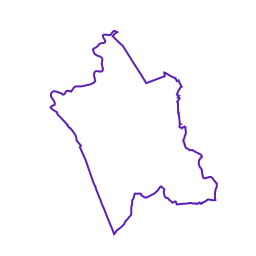 Tudora, Botosani, Romania, rotated 72°
{"feature_id": "2599482B63139425196950", "entity_name": "Tudora", "entity_type": "district", "adm_level": 2, "iso_a3": "ROU", "parent_name": "Romania", "parent_adm1": "Botosani", "projection": "orthographic", "projection_center": [26.654, 47.501], "detail": "fine", "context": "isolated", "style": "outline", "palette": "violet", "viewbox_px": 256, "rotation_deg": 72, "n_neighbors": 0, "source": "geoboundaries", "source_scale": "gbopen_adm2", "svg_char_len": 5630}
<svg xmlns="http://www.w3.org/2000/svg" viewBox="0 0 256 256"><g transform="rotate(72 128 128)"><path d="M72.4,164.9L72.5,166.1L72.7,166.8L73.6,168.0L75.0,169.7L75.8,171.1L74.8,172.1L73.9,174.2L74.0,175.6L74.8,176.4L75.7,177.3L76.3,178.6L76.2,179.4L75.9,179.9L74.7,180.3L73.7,181.8L71.5,184.5L70.1,186.9L70.2,188.5L71.0,190.0L71.9,190.7L73.6,191.4L74.9,191.3L76.7,190.9L79.5,190.0L81.7,189.9L83.3,190.6L83.6,193.7L84.5,195.3L86.2,194.4L87.0,194.2L90.8,190.9L91.1,190.7L92.3,190.7L93.0,190.9L93.9,190.4L105.3,185.0L106.5,184.4L107.0,184.9L110.4,183.3L110.5,183.2L110.3,182.9L111.2,182.5L114.4,181.4L119.0,180.1L119.7,180.2L122.9,180.4L124.0,180.8L125.8,180.0L127.5,179.4L129.0,178.7L130.4,178.3L131.3,179.7L145.6,178.2L168.9,177.8L173.5,177.2L173.9,177.0L174.2,177.2L175.6,177.3L186.1,176.6L194.1,176.2L195.8,175.9L209.0,175.1L221.2,174.1L224.6,174.0L224.3,173.4L224.2,173.2L223.9,172.6L223.4,172.1L222.4,171.1L222.1,170.3L221.7,169.7L221.5,168.9L220.9,167.6L220.9,167.2L220.5,166.0L218.5,161.7L216.1,159.4L215.7,158.9L214.8,157.1L214.3,156.2L213.1,154.6L212.9,154.2L212.2,152.8L212.0,152.4L211.0,151.5L210.0,151.3L209.9,151.2L209.2,151.0L208.9,150.9L207.0,150.2L206.5,150.1L204.0,149.2L202.3,148.0L200.7,147.2L199.6,146.8L199.4,146.8L198.3,146.4L197.9,146.2L196.7,144.6L196.2,144.2L195.7,143.8L194.3,143.2L192.5,141.7L193.1,140.3L194.1,136.7L194.6,136.1L196.1,136.1L198.1,134.6L199.2,133.3L199.6,133.0L199.8,131.1L199.6,130.3L198.8,125.0L198.7,124.5L198.6,124.0L198.5,123.3L198.1,122.4L196.7,119.1L196.3,118.5L195.2,117.2L194.2,116.0L193.7,115.2L193.7,114.8L194.3,114.3L194.6,114.0L194.8,114.0L195.2,113.8L197.1,112.7L197.6,112.4L198.1,112.5L199.1,113.2L199.5,113.6L199.6,113.8L203.6,114.2L204.4,114.1L205.4,114.0L205.7,113.7L206.1,113.4L206.3,113.0L206.3,112.8L206.6,112.6L206.7,112.2L206.9,112.1L207.0,111.9L207.4,111.6L207.7,111.6L208.5,111.1L209.2,111.0L209.3,110.8L210.7,109.9L211.8,109.3L212.9,108.6L212.8,108.3L212.7,108.0L212.6,107.3L212.6,106.9L212.5,105.8L212.5,105.5L213.0,105.3L213.9,105.2L215.7,105.3L217.5,97.3L217.9,96.1L218.1,95.4L218.2,93.3L218.9,91.0L219.4,90.4L220.2,89.1L220.3,88.1L220.2,87.8L220.5,87.2L220.8,87.1L221.4,86.1L221.7,85.3L221.6,84.9L221.2,84.6L221.0,84.1L221.0,83.6L220.9,83.2L221.0,83.0L221.6,82.8L221.6,82.5L222.1,82.1L222.5,82.1L222.8,81.8L222.8,81.6L222.5,80.8L222.1,80.6L221.9,79.4L221.8,79.1L221.8,78.3L221.8,77.6L221.5,76.9L221.4,76.3L221.3,76.2L221.3,75.7L221.1,75.5L220.6,74.0L222.2,71.0L222.7,70.1L223.3,68.5L223.4,68.0L223.4,67.6L223.5,67.2L220.9,66.8L220.0,66.5L217.9,65.8L217.3,65.6L216.9,65.5L215.0,64.5L213.9,63.8L213.1,63.3L211.1,61.6L208.4,60.9L208.2,60.7L208.0,61.0L206.1,61.6L204.5,62.3L203.4,62.6L201.3,63.4L200.5,63.9L200.4,64.2L200.3,64.3L199.9,65.2L199.8,65.5L199.7,66.8L199.7,68.2L199.8,68.9L199.8,69.5L199.6,70.2L199.4,70.8L199.3,71.0L199.0,71.6L198.9,71.7L198.6,71.8L198.3,71.8L197.4,71.7L196.9,71.8L196.3,71.8L196.1,71.6L195.3,71.6L193.2,71.3L191.7,70.9L191.2,71.0L191.0,70.9L190.8,71.0L190.4,70.8L190.2,70.8L189.0,71.0L188.2,71.4L187.4,71.8L185.6,71.8L184.1,71.7L183.4,71.8L183.1,71.6L182.5,71.2L181.3,70.7L181.1,70.5L180.8,70.4L180.0,69.6L179.6,68.9L179.4,68.9L179.0,68.4L178.5,67.0L178.4,66.9L178.3,66.5L178.0,66.5L177.6,66.7L176.6,66.7L176.4,66.7L176.1,67.0L174.8,67.9L174.5,68.4L174.1,68.6L173.5,69.1L173.2,69.6L172.6,70.1L171.7,71.2L171.5,71.4L170.8,71.8L170.3,72.4L169.8,72.7L169.4,73.2L168.7,73.7L168.6,73.8L168.6,74.6L168.5,75.4L168.4,75.7L168.3,75.9L168.3,76.0L167.7,76.3L167.4,76.8L167.2,76.9L166.8,77.1L164.7,79.1L163.0,79.2L162.8,79.3L162.4,79.3L162.1,79.3L161.8,79.2L161.3,79.1L160.9,79.3L160.5,79.3L159.3,79.0L159.1,79.0L158.4,79.3L157.7,79.5L157.4,79.5L157.0,79.0L156.2,78.7L155.8,78.3L155.7,78.3L155.5,78.1L154.7,77.3L154.2,77.0L153.4,76.7L152.9,76.4L151.9,75.3L151.2,74.8L150.6,74.5L148.8,74.0L147.8,73.9L145.5,73.3L145.3,73.2L145.3,73.4L145.3,73.6L145.1,73.8L144.7,74.1L144.2,74.1L144.4,74.6L144.4,76.5L144.4,77.0L144.5,77.0L143.8,77.8L143.6,78.0L143.3,78.7L143.1,78.8L140.0,77.5L140.4,77.1L140.5,76.7L139.7,77.0L139.1,77.3L138.5,77.2L137.2,76.7L132.1,75.8L129.1,75.1L129.1,75.6L128.9,75.5L127.8,75.2L127.2,75.1L126.8,74.9L126.4,74.8L124.3,74.1L122.9,73.8L122.5,73.6L120.4,73.0L119.9,72.7L118.4,73.2L118.0,72.6L117.9,72.6L117.5,72.0L115.8,69.7L115.3,70.2L114.9,70.5L115.0,70.8L114.2,71.2L113.2,69.5L112.8,70.0L111.4,71.2L108.8,69.1L105.8,65.8L105.5,65.5L105.6,65.2L105.3,64.2L104.4,64.5L98.2,65.3L98.3,66.0L98.5,67.0L95.3,67.5L95.4,67.9L94.8,68.3L90.8,72.3L89.4,73.4L86.7,75.9L86.5,76.4L90.0,77.0L90.1,78.4L90.3,82.2L90.6,88.1L90.7,91.1L91.0,96.7L91.0,96.8L81.6,99.0L74.8,100.8L73.8,101.1L48.1,107.6L47.8,107.7L47.3,108.2L43.0,110.6L35.9,114.2L34.1,111.1L33.5,108.6L32.6,109.4L31.7,110.5L31.5,111.0L31.4,111.4L31.5,112.0L31.6,112.3L31.8,112.7L33.7,115.3L33.9,115.5L33.9,116.1L33.9,117.0L33.6,117.8L32.3,120.4L31.9,121.5L31.9,122.3L32.1,123.2L32.3,123.4L32.7,123.6L34.4,123.5L37.9,122.7L38.5,122.9L39.4,123.5L39.5,124.0L39.6,124.8L39.1,127.5L39.0,128.6L39.5,129.6L40.9,131.9L41.3,132.9L41.6,134.4L41.9,136.0L42.2,136.7L42.5,137.1L42.9,137.2L44.1,137.1L45.6,137.1L46.7,136.9L47.5,136.6L48.2,136.2L49.3,135.3L51.1,132.9L51.8,132.2L52.7,131.5L53.2,131.3L53.8,131.1L55.0,131.3L55.7,131.5L57.8,132.7L59.3,133.2L60.7,133.4L63.8,133.5L64.7,133.9L65.5,134.4L65.7,134.6L66.0,135.1L66.0,135.3L66.0,135.8L65.8,136.9L65.4,137.7L64.4,139.8L64.1,140.6L64.1,141.4L64.3,142.0L64.6,142.4L64.9,142.8L65.2,143.0L66.3,143.6L66.7,143.8L68.5,144.2L72.9,144.6L73.3,144.7L73.6,145.0L73.9,145.6L74.2,146.3L74.4,146.9L74.7,148.3L74.8,149.0L74.9,150.2L74.9,151.3L74.6,153.0L74.4,156.5L73.8,160.4L72.5,164.1L72.4,164.9Z" fill="none" stroke="#5b21b6" stroke-width="2"/></g></svg>